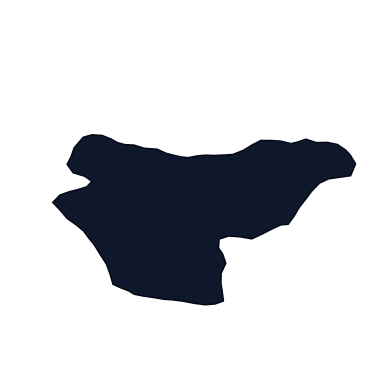 the district of Olímpio Noronha, Minas Gerais, Brazil, rotated 34°
{"feature_id": "56859067B75972300711014", "entity_name": "Olímpio Noronha", "entity_type": "district", "adm_level": 2, "iso_a3": "BRA", "parent_name": "Brazil", "parent_adm1": "Minas Gerais", "projection": "mercator", "projection_center": [-45.284, -22.085], "detail": "fine", "context": "isolated", "style": "filled", "palette": "ink", "viewbox_px": 384, "rotation_deg": 34, "n_neighbors": 0, "source": "geoboundaries", "source_scale": "gbopen_adm2", "svg_char_len": 1200}
<svg xmlns="http://www.w3.org/2000/svg" viewBox="0 0 384 384"><g transform="rotate(34 192 192)"><path d="M311.9,77.2L302.4,72.8L295.7,71.3L286.0,71.3L276.4,75.2L267.3,81.6L256.9,84.5L252.1,90.9L247.1,96.5L237.1,100.2L228.9,105.0L220.3,110.7L215.4,119.6L211.3,128.7L204.9,138.0L198.6,142.9L190.0,149.3L182.9,153.7L176.5,158.8L169.5,165.8L163.1,169.1L156.0,171.9L148.5,174.5L139.2,176.0L127.9,182.5L117.5,185.6L110.0,190.2L102.5,192.8L95.4,193.3L85.8,195.4L77.1,200.5L71.2,207.5L69.6,221.1L72.0,230.4L73.0,238.9L82.7,242.5L94.4,238.9L103.0,239.2L101.8,246.6L96.3,253.5L90.2,260.3L84.2,268.4L82.4,278.5L92.9,280.8L103.0,283.7L114.2,284.0L123.9,284.9L131.8,287.8L141.0,290.6L151.2,295.3L161.5,299.7L170.5,306.3L178.1,312.7L187.0,311.2L194.4,309.4L201.2,309.1L209.8,305.5L219.9,300.6L228.8,296.6L235.6,292.6L245.4,287.6L255.8,283.2L265.7,278.3L273.7,272.0L279.0,264.8L272.3,257.1L267.3,251.8L261.7,243.3L259.8,232.1L252.1,226.3L245.2,223.5L240.8,215.9L247.1,207.9L257.3,202.1L267.8,197.4L274.5,186.1L279.6,176.8L284.2,169.4L289.8,165.0L290.1,155.0L289.5,144.6L290.2,135.7L290.8,123.9L292.8,113.2L297.9,104.7L305.5,97.8L314.4,89.8L311.9,77.2Z" fill="#0f172a" stroke="#020617" stroke-width="1.5"/></g></svg>